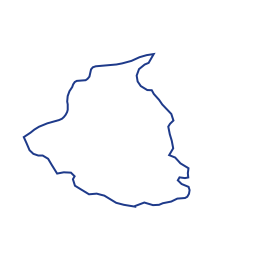 the district of Unsan, P'yŏngan-bukto, North Korea, rotated 300°
{"feature_id": "82179303B31233151456599", "entity_name": "Unsan", "entity_type": "district", "adm_level": 2, "iso_a3": "PRK", "parent_name": "North Korea", "parent_adm1": "P'yŏngan-bukto", "projection": "mercator", "projection_center": [125.845, 40.087], "detail": "fine", "context": "isolated", "style": "outline", "palette": "blue", "viewbox_px": 256, "rotation_deg": 300, "n_neighbors": 0, "source": "geoboundaries", "source_scale": "gbopen_adm2", "svg_char_len": 1233}
<svg xmlns="http://www.w3.org/2000/svg" viewBox="0 0 256 256"><g transform="rotate(300 128 128)"><path d="M160.3,66.7L153.2,68.9L150.3,68.4L148.2,67.4L143.2,60.1L141.2,58.9L138.3,58.7L135.6,59.2L130.6,58.9L125.5,59.8L120.5,62.1L118.3,64.0L113.6,66.7L111.3,67.3L108.2,67.4L105.5,67.0L103.0,66.2L100.5,64.4L91.7,55.8L84.6,50.3L79.8,47.7L75.2,45.9L68.0,42.3L64.2,47.6L59.5,53.9L58.3,59.0L59.3,64.1L61.5,67.9L61.4,74.2L57.8,80.6L53.1,89.4L57.5,94.5L60.8,100.9L59.5,105.9L56.1,105.9L51.5,110.9L51.3,118.5L51.1,127.4L55.5,133.7L56.8,138.5L57.6,141.3L57.3,155.2L59.4,162.8L63.4,173.4L63.8,173.0L71.6,179.4L73.7,188.2L77.0,193.3L80.3,195.8L85.9,202.2L91.5,206.0L95.9,212.4L98.1,213.7L101.5,213.7L105.0,212.4L107.3,209.9L106.3,202.4L107.6,197.3L111.0,197.3L113.1,202.4L115.3,204.9L118.8,202.4L123.4,200.5L123.6,191.1L126.0,183.6L125.1,177.2L133.0,177.3L138.8,172.3L143.5,167.3L149.3,162.2L152.7,162.3L157.2,163.6L161.8,158.5L165.5,145.9L167.9,140.9L170.4,133.3L172.6,129.7L170.5,125.7L170.6,121.9L170.7,118.1L173.1,113.1L177.7,109.3L184.5,108.1L191.3,110.7L194.7,113.3L201.5,113.3L204.9,113.3L200.4,107.7L195.1,102.6L187.8,97.4L181.0,90.6L177.2,86.2L165.3,69.2L163.0,67.2L160.3,66.7Z" fill="none" stroke="#1e3a8a" stroke-width="2"/></g></svg>